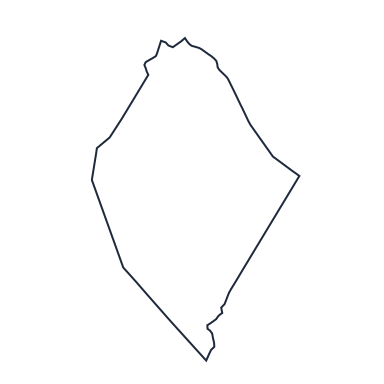 Malhada de Pedras, Bahia, Brazil, rotated 44°
{"feature_id": "56859067B79149246141115", "entity_name": "Malhada de Pedras", "entity_type": "district", "adm_level": 2, "iso_a3": "BRA", "parent_name": "Brazil", "parent_adm1": "Bahia", "projection": "albers", "projection_center": [-41.852, -14.352], "detail": "fine", "context": "isolated", "style": "outline", "palette": "slate", "viewbox_px": 384, "rotation_deg": 44, "n_neighbors": 0, "source": "geoboundaries", "source_scale": "gbopen_adm2", "svg_char_len": 1122}
<svg xmlns="http://www.w3.org/2000/svg" viewBox="0 0 384 384"><g transform="rotate(44 192 192)"><path d="M80.0,86.2L79.5,91.4L77.6,101.2L73.2,103.0L69.2,102.7L64.7,104.7L70.7,116.9L71.6,119.4L70.7,123.0L69.4,127.4L68.5,130.8L69.5,133.7L72.5,135.0L75.8,136.8L79.2,138.1L90.6,188.1L94.9,210.0L93.1,226.5L96.0,230.5L111.6,252.9L176.2,284.8L184.5,288.9L195.0,294.1L206.6,294.9L214.6,295.5L231.7,297.0L266.2,299.8L319.3,303.4L316.7,296.2L315.4,292.3L315.6,287.9L312.6,285.1L308.4,282.4L304.8,279.8L301.3,279.2L298.2,279.6L295.6,277.2L296.5,273.4L297.2,269.7L297.7,266.5L297.1,263.3L297.3,260.7L297.8,258.0L295.7,256.6L293.3,254.8L293.3,250.0L288.6,238.8L287.4,234.1L286.6,230.4L285.0,223.3L282.3,211.8L263.8,130.8L258.1,105.9L253.5,106.5L248.6,107.3L241.5,108.2L225.6,110.3L195.8,104.7L187.4,103.1L183.2,101.8L179.8,100.5L170.0,96.8L166.5,95.6L155.0,91.3L152.3,90.3L145.0,87.7L139.5,85.7L136.8,85.2L130.7,85.2L127.2,85.2L123.8,84.5L121.4,82.5L118.4,80.8L115.1,80.6L111.4,80.9L107.4,81.6L103.3,82.2L99.7,82.7L97.2,83.4L93.8,85.1L90.4,87.0L87.8,87.4L84.2,87.1L80.0,86.2Z" fill="none" stroke="#1e293b" stroke-width="2"/></g></svg>